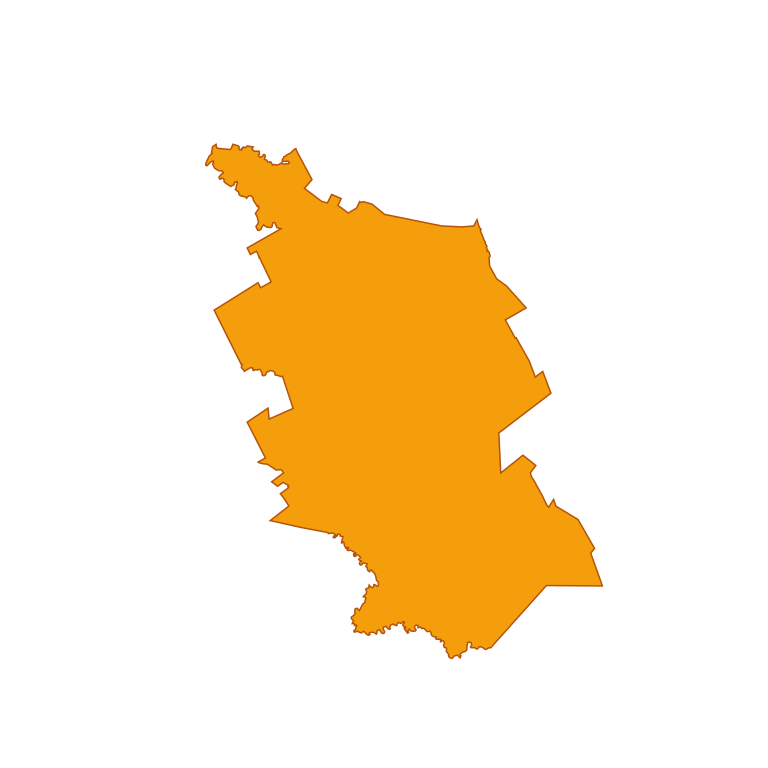 Burgos, Tamaulipas, Mexico (Robinson projection), rotated 233°
{"feature_id": "50627088B41122699535923", "entity_name": "Burgos", "entity_type": "district", "adm_level": 2, "iso_a3": "MEX", "parent_name": "Mexico", "parent_adm1": "Tamaulipas", "projection": "robinson", "projection_center": [-98.996, 24.926], "detail": "fine", "context": "isolated", "style": "filled", "palette": "amber", "viewbox_px": 768, "rotation_deg": 233, "n_neighbors": 0, "source": "geoboundaries", "source_scale": "gbopen_adm2", "svg_char_len": 6170}
<svg xmlns="http://www.w3.org/2000/svg" viewBox="0 0 768 768"><g transform="rotate(233 384 384)"><path d="M216.2,216.7L213.3,217.3L211.8,214.4L210.8,215.8L209.9,215.9L209.0,215.1L208.1,216.7L207.4,216.8L206.4,214.8L205.2,213.7L205.2,211.5L204.0,210.9L203.3,211.5L202.8,213.7L199.0,215.9L198.7,216.8L199.0,218.4L198.5,219.0L194.1,219.6L192.8,220.3L192.4,221.8L193.5,221.6L194.0,222.3L193.1,225.0L191.0,226.8L188.9,227.2L189.1,228.0L191.1,230.1L191.0,231.9L190.1,232.4L186.8,232.3L185.5,232.8L185.0,233.6L185.2,234.7L185.9,235.5L188.6,235.9L190.1,237.0L189.6,239.1L188.8,239.9L186.3,239.8L184.6,241.0L184.8,241.8L186.6,242.4L187.4,244.1L187.0,246.9L185.4,247.2L183.5,248.5L183.5,249.1L184.6,250.3L184.7,252.1L182.7,253.4L182.4,254.6L182.7,256.0L182.1,256.9L181.1,256.5L180.4,254.2L179.7,253.8L178.8,253.8L177.0,255.1L176.3,254.5L176.9,253.3L176.4,252.9L170.8,252.9L170.7,254.1L172.6,254.4L173.2,256.2L172.7,256.9L171.7,256.4L170.6,256.8L168.5,259.1L167.9,260.5L168.2,261.6L171.0,261.8L172.1,262.6L172.2,264.3L170.7,265.9L169.0,264.5L167.9,266.9L166.0,266.9L165.1,268.5L164.3,269.0L160.3,269.4L158.8,271.9L157.3,272.1L155.6,271.0L154.0,270.9L151.7,272.0L150.5,273.5L149.5,272.2L148.7,272.1L146.1,275.6L145.3,275.3L144.7,274.1L143.9,274.2L144.2,275.8L143.0,276.9L141.0,276.6L139.7,274.5L137.4,273.6L136.2,274.7L135.3,274.8L132.7,272.8L129.6,273.0L127.8,271.9L126.3,271.6L124.0,273.0L123.8,273.8L124.6,276.3L123.1,279.6L120.5,279.7L119.4,280.2L120.7,281.8L121.9,281.7L122.5,282.7L122.6,285.1L121.5,288.2L121.9,290.2L125.2,292.9L127.1,295.4L127.2,296.2L124.7,298.0L122.5,296.7L122.0,294.8L121.0,294.8L118.7,297.9L116.9,298.3L116.4,298.9L116.1,299.8L116.8,301.6L115.9,303.2L113.7,304.4L111.1,305.0L110.5,306.4L110.3,309.0L109.1,310.3L125.3,392.4L91.3,436.9L124.5,447.3L125.9,453.2L158.9,457.4L183.0,447.8L189.7,450.0L186.5,441.3L189.6,441.2L200.2,443.3L210.5,444.8L211.3,444.5L212.3,445.1L216.8,445.7L221.0,445.9L225.0,447.5L227.5,456.2L243.5,452.1L242.7,423.7L275.8,446.2L276.2,511.8L298.5,518.3L298.5,509.0L315.3,513.9L341.5,517.4L341.6,516.4L362.2,519.5L359.2,543.3L388.7,540.8L400.1,537.3L414.5,539.3L421.9,544.0L421.9,545.2L422.8,546.0L426.2,547.3L427.5,547.3L428.0,546.3L428.4,547.1L431.3,547.9L431.9,549.0L436.1,549.7L436.6,550.4L437.7,550.3L448.7,553.3L448.9,554.5L452.3,554.5L459.2,557.1L456.2,550.8L462.6,540.7L475.7,525.0L519.2,486.5L534.9,482.7L542.1,477.2L542.5,475.3L544.3,474.4L541.0,468.0L542.1,458.3L554.5,454.7L557.8,461.4L566.9,456.3L562.7,447.8L567.4,444.1L588.1,438.2L590.6,449.5L622.7,454.5L625.0,455.2L625.4,454.0L624.7,448.2L625.6,443.7L625.2,442.7L625.7,440.6L625.2,440.2L624.4,437.8L623.0,436.7L619.5,441.6L617.7,441.5L617.5,440.1L620.5,435.6L622.4,435.6L622.4,433.2L623.2,430.3L625.2,428.6L626.1,426.8L629.2,427.3L630.2,426.5L630.2,425.5L631.2,424.8L633.1,425.1L635.4,423.9L636.6,425.0L637.0,426.2L639.0,426.7L639.6,426.4L639.7,425.7L639.1,424.6L639.4,422.1L640.4,421.0L642.4,421.6L642.4,422.7L644.7,424.3L645.5,424.1L647.7,420.6L650.4,419.9L651.4,420.2L652.0,422.2L656.4,418.1L656.3,415.5L656.8,414.7L657.8,414.5L657.9,413.6L657.7,412.1L656.7,411.7L656.7,411.1L657.4,410.8L657.9,409.8L658.3,409.5L660.0,410.1L660.3,411.0L661.8,411.0L666.4,407.6L664.4,404.3L663.8,402.3L672.4,392.9L673.6,392.6L676.5,394.1L676.7,389.9L672.4,385.3L671.6,385.5L671.3,381.8L667.7,374.8L666.1,373.4L665.1,373.8L665.4,374.1L664.9,374.8L665.6,378.5L665.3,381.0L664.7,382.0L663.7,381.6L663.0,379.6L658.3,378.6L653.9,380.3L651.7,382.9L649.6,383.0L649.2,382.8L649.5,381.3L648.7,377.1L647.9,376.2L646.4,376.2L645.8,377.0L646.1,378.3L645.3,379.0L643.4,379.3L642.1,378.1L640.4,378.2L634.0,380.5L633.4,384.0L635.1,386.2L634.2,386.9L634.3,388.4L632.8,388.1L631.1,385.1L629.6,384.2L628.9,382.3L624.5,383.4L623.1,382.4L621.7,382.3L620.4,382.9L616.6,386.0L615.1,386.0L615.7,389.3L615.4,390.0L614.4,390.8L612.6,391.3L611.4,391.3L609.5,390.3L603.0,389.8L601.9,389.7L602.0,390.8L600.6,390.5L599.4,389.4L597.6,383.9L593.7,383.3L588.9,381.2L587.9,380.1L587.1,377.1L586.5,376.3L582.7,375.7L581.8,376.6L581.7,379.0L583.1,381.6L583.5,383.5L579.8,384.9L577.2,387.5L577.0,389.2L579.6,392.0L579.1,393.5L578.1,393.9L573.3,392.6L570.0,395.2L575.0,356.6L567.8,355.2L566.8,362.1L560.6,360.8L560.1,360.1L559.7,360.6L533.5,355.3L535.1,343.4L540.7,344.4L545.2,292.8L485.6,281.8L485.4,282.5L484.8,282.5L483.6,280.4L482.8,279.9L480.9,280.3L478.2,280.1L477.5,286.8L475.9,288.8L474.1,287.7L473.1,288.2L473.3,289.4L471.3,291.4L471.4,292.0L470.0,293.9L465.7,293.1L464.7,292.1L463.6,292.3L462.8,293.2L462.5,294.7L464.2,298.0L463.4,299.3L463.5,300.8L462.2,302.4L459.8,303.6L458.6,303.8L457.3,302.5L456.4,302.7L454.7,304.4L452.2,305.9L451.3,307.6L419.2,296.7L425.2,271.2L434.5,276.9L435.9,251.8L396.3,244.8L397.4,236.5L396.2,236.9L393.2,239.3L390.1,242.6L380.1,246.2L377.5,250.4L373.5,250.4L373.5,235.4L366.3,237.5L366.2,244.1L360.4,246.7L360.0,245.5L358.8,245.5L358.6,244.0L358.8,235.2L353.2,235.3L343.8,234.6L343.4,210.9L319.7,231.1L299.1,249.8L298.0,249.5L296.1,253.0L295.3,253.7L291.8,254.8L291.7,254.0L292.9,252.4L292.0,251.1L291.4,251.3L290.7,252.8L291.1,253.9L290.9,255.4L291.8,256.5L291.5,257.6L289.7,258.2L288.9,257.5L287.4,258.9L286.3,259.3L285.8,258.0L282.7,254.4L282.3,254.7L282.5,256.2L281.6,256.6L278.8,255.1L275.9,254.7L275.5,256.8L274.9,257.1L274.1,256.7L274.3,255.0L273.3,254.7L272.4,255.2L271.5,257.3L266.2,259.7L265.7,259.0L266.5,257.9L266.4,257.2L265.0,256.5L263.8,256.8L263.6,257.7L264.7,257.3L265.2,257.7L265.1,258.4L263.4,260.1L260.0,261.1L259.3,260.6L259.3,258.4L258.4,258.2L256.1,259.4L256.2,257.4L255.6,256.4L254.5,256.1L253.6,256.3L253.1,257.2L253.2,258.4L253.7,259.1L253.5,259.8L250.6,262.3L249.9,261.4L249.4,259.8L247.3,260.1L246.1,259.2L244.5,258.9L242.7,259.5L243.5,261.2L242.9,262.2L241.1,261.9L239.2,262.5L236.1,262.0L231.8,259.9L229.1,260.2L226.7,258.4L226.2,257.7L226.4,256.9L229.1,255.9L229.9,255.2L228.4,253.6L228.2,252.3L229.8,251.3L232.3,251.1L230.5,249.1L231.3,246.3L230.2,245.5L228.6,245.2L227.7,244.3L226.9,242.4L227.0,240.4L226.6,239.4L225.0,240.6L223.6,240.6L222.6,238.6L221.0,237.3L221.1,235.2L220.5,233.4L217.9,228.1L221.2,227.5L221.7,225.5L220.5,224.2L218.1,222.8L217.4,220.7L217.5,217.6L216.2,216.7Z" fill="#f59e0b" stroke="#b45309" stroke-width="1.5"/></g></svg>